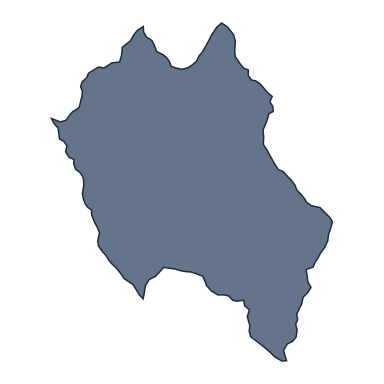 Ubirajara, São Paulo, Brazil (orthographic projection)
{"feature_id": "56859067B67635405812564", "entity_name": "Ubirajara", "entity_type": "district", "adm_level": 2, "iso_a3": "BRA", "parent_name": "Brazil", "parent_adm1": "São Paulo", "projection": "orthographic", "projection_center": [-49.665, -22.551], "detail": "fine", "context": "isolated", "style": "filled", "palette": "slate", "viewbox_px": 384, "rotation_deg": 0, "n_neighbors": 0, "source": "geoboundaries", "source_scale": "gbopen_adm2", "svg_char_len": 2292}
<svg xmlns="http://www.w3.org/2000/svg" viewBox="0 0 384 384"><path d="M51.5,118.5L54.0,123.4L58.0,128.0L59.0,134.9L59.6,139.1L63.6,141.2L67.0,145.8L65.6,151.9L69.1,157.4L74.0,159.5L73.7,163.9L75.7,169.4L79.8,172.4L82.8,176.6L83.8,181.5L83.6,186.5L82.4,193.6L83.2,198.2L84.9,203.3L87.9,207.5L91.6,210.0L91.6,214.9L94.6,222.4L97.2,227.1L99.5,232.6L97.8,240.7L98.5,246.1L102.3,251.4L106.0,255.6L108.9,260.4L112.4,264.4L116.5,268.3L120.3,273.0L124.1,278.6L127.8,281.0L132.9,284.5L135.6,288.7L139.1,294.5L143.1,298.9L144.4,292.4L145.3,285.9L149.0,279.6L155.3,276.5L159.2,272.4L163.6,267.4L169.0,268.1L175.6,269.2L181.5,270.9L185.9,271.6L190.9,272.0L196.2,273.6L202.8,276.4L205.1,281.5L206.5,285.5L211.4,291.0L217.8,294.9L224.4,294.9L228.9,296.1L232.7,300.3L237.0,301.2L243.6,300.2L244.7,305.8L249.4,309.8L247.3,316.7L249.8,325.5L249.2,331.3L250.8,336.9L255.8,340.6L260.3,344.1L264.4,347.3L269.7,351.9L274.7,356.8L278.1,358.9L281.9,361.0L286.6,360.7L284.8,355.2L283.6,350.3L287.2,344.1L293.0,341.0L296.2,336.9L297.1,329.9L295.6,324.0L297.7,319.7L296.7,314.4L299.4,308.2L301.6,304.3L303.1,297.3L307.8,292.4L311.0,287.5L307.8,281.7L307.1,275.5L306.1,269.5L313.1,267.1L315.0,262.5L317.9,258.1L320.6,253.0L324.5,247.7L327.7,241.0L328.5,234.7L330.5,228.7L332.5,221.7L329.6,217.2L324.7,212.5L320.1,207.6L315.1,206.5L311.1,205.6L306.4,202.1L304.2,198.2L300.3,193.6L296.7,189.8L295.1,185.4L291.4,180.3L287.5,176.4L283.1,171.5L278.1,169.4L275.1,164.7L270.9,157.2L267.0,150.1L263.3,144.4L263.7,136.5L263.0,130.1L264.7,126.1L267.9,118.0L268.7,113.8L273.2,111.5L272.8,106.4L269.8,101.8L272.2,96.4L267.9,93.0L260.6,84.4L255.9,80.9L251.6,80.0L248.2,75.6L248.4,70.0L243.7,68.2L240.1,63.8L235.3,56.8L234.7,51.0L235.3,41.3L233.7,34.8L227.5,27.0L221.6,23.0L216.7,27.2L214.0,31.5L211.4,35.2L209.0,40.1L205.8,46.0L202.0,52.6L199.1,55.9L196.4,61.5L191.4,65.6L187.4,67.9L181.9,69.3L175.9,68.0L171.2,66.3L169.4,61.5L166.4,57.3L162.6,54.5L156.6,51.5L154.2,44.8L151.8,40.4L146.5,37.1L143.7,32.3L143.3,26.5L137.3,30.4L133.6,35.1L130.7,40.6L126.4,43.9L122.3,47.3L121.5,55.6L119.6,62.0L111.9,62.9L103.9,68.0L98.4,67.0L93.2,70.3L88.5,73.2L86.8,77.5L82.1,81.9L80.6,86.7L82.4,91.1L82.1,95.7L80.6,101.5L79.1,107.6L72.7,111.7L69.7,115.0L65.9,120.4L60.3,121.9L51.5,118.5Z" fill="#64748b" stroke="#1e293b" stroke-width="1.5"/></svg>